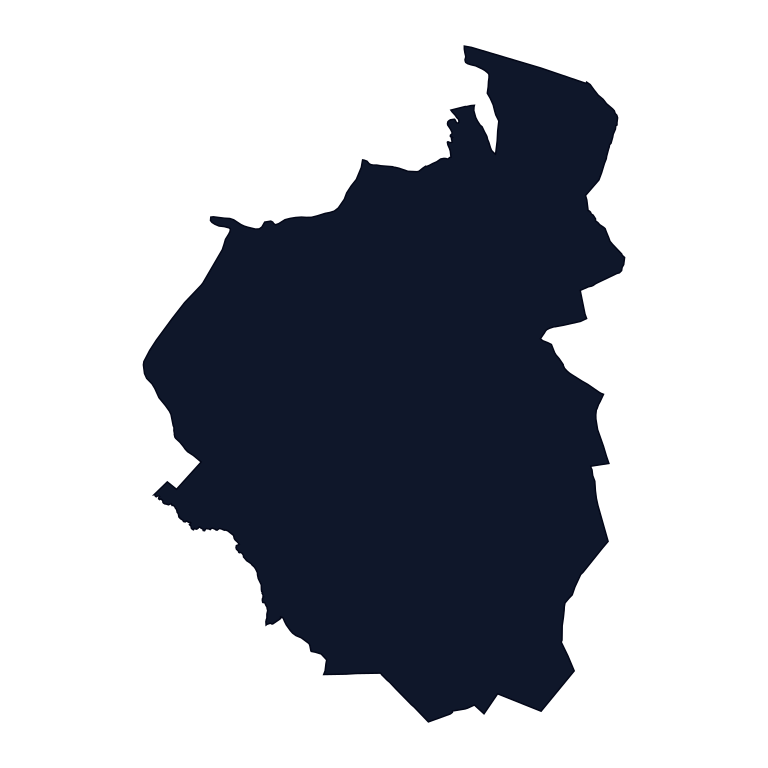 Camar, Salaj, Romania
{"feature_id": "2599482B75066150434534", "entity_name": "Camar", "entity_type": "district", "adm_level": 2, "iso_a3": "ROU", "parent_name": "Romania", "parent_adm1": "Salaj", "projection": "natural_earth1", "projection_center": [22.617, 47.305], "detail": "fine", "context": "isolated", "style": "filled", "palette": "ink", "viewbox_px": 768, "rotation_deg": 0, "n_neighbors": 0, "source": "geoboundaries", "source_scale": "gbopen_adm2", "svg_char_len": 6091}
<svg xmlns="http://www.w3.org/2000/svg" viewBox="0 0 768 768"><path d="M541.1,711.2L574.2,670.9L567.9,655.9L561.2,642.1L562.0,640.2L562.2,625.8L563.4,617.3L564.1,610.5L564.3,606.8L564.9,603.3L565.3,602.6L568.9,598.3L572.2,594.9L574.9,587.0L580.7,574.5L583.0,572.3L602.5,548.0L608.1,541.4L597.9,505.4L596.4,498.5L595.4,490.7L594.8,481.2L592.7,475.6L592.0,469.8L590.9,467.4L590.7,466.2L608.9,463.4L606.4,456.1L603.5,446.4L597.6,429.6L595.9,419.1L595.8,414.9L596.3,410.0L597.0,408.7L598.5,404.5L600.1,401.6L603.5,394.3L600.9,393.3L598.9,392.1L587.6,384.3L582.1,381.2L571.8,374.7L569.4,373.1L567.0,371.0L564.5,368.3L563.1,365.1L563.2,364.6L559.1,358.6L556.0,355.0L554.6,352.7L551.4,344.5L547.8,342.7L542.7,340.7L540.4,338.7L544.4,332.9L545.5,331.0L546.7,329.7L549.4,328.3L553.9,326.8L554.9,326.8L563.6,325.2L580.5,321.4L586.6,318.5L585.0,314.1L580.2,290.4L588.4,286.8L591.6,286.1L593.2,285.4L595.6,283.7L598.2,282.4L616.8,273.5L619.4,272.8L621.6,270.6L622.1,267.4L623.7,264.6L624.6,257.5L622.2,255.3L621.7,254.0L612.5,244.3L610.0,241.3L608.7,237.7L606.2,231.6L605.1,228.6L603.6,227.3L599.7,224.7L597.9,222.6L595.5,220.8L595.5,218.8L593.1,215.1L592.0,214.5L591.0,213.6L590.6,212.3L589.5,211.1L588.1,210.5L586.8,199.9L585.5,195.5L598.9,180.0L601.6,172.8L604.4,163.5L606.3,158.7L606.6,156.4L608.5,149.2L609.2,147.1L609.6,144.7L611.0,143.3L612.7,137.2L613.2,134.3L615.4,129.2L615.8,125.7L617.0,125.0L617.0,122.5L617.6,117.8L616.8,115.2L615.2,113.5L614.3,110.8L612.6,108.9L606.5,103.7L603.1,99.3L598.2,95.2L593.8,89.6L590.2,84.6L586.6,82.1L586.0,83.4L540.8,68.0L471.5,47.4L464.3,46.1L464.3,49.1L464.9,52.8L465.7,56.1L465.7,57.2L465.0,59.7L465.2,61.0L465.7,62.4L467.7,63.7L471.2,64.8L475.6,65.8L482.2,68.9L484.9,70.5L487.6,72.7L488.6,73.8L489.0,74.7L489.0,77.8L488.5,81.4L488.2,86.8L487.3,93.2L490.3,98.4L493.2,104.9L494.7,111.0L495.8,114.9L498.6,120.5L498.8,121.2L497.7,131.0L497.2,140.8L495.6,154.1L495.4,154.3L492.2,151.2L491.4,150.1L490.4,147.6L488.8,142.3L487.6,139.5L487.0,136.8L486.4,135.4L484.5,131.9L482.1,126.8L480.1,125.1L477.4,120.9L475.7,117.5L473.8,110.6L474.0,106.8L474.4,105.3L470.9,105.6L466.5,106.6L465.3,106.5L450.9,110.1L452.1,111.8L455.4,115.4L456.7,117.5L458.6,119.4L459.0,121.4L458.6,122.8L458.1,123.1L457.2,123.0L456.1,122.0L455.0,119.7L454.4,119.2L450.4,119.8L449.1,120.6L448.0,121.6L447.8,122.1L447.5,123.6L447.7,125.0L450.4,129.0L451.9,132.0L452.1,133.1L452.0,133.8L450.5,135.1L450.3,136.1L450.7,136.9L452.0,137.0L452.6,137.5L451.6,138.3L451.4,138.7L452.3,142.1L450.6,142.6L449.4,142.6L449.1,142.4L448.9,142.0L447.9,141.8L447.5,142.0L447.4,142.3L447.9,144.9L449.5,148.5L450.3,151.1L451.0,157.1L449.5,157.6L448.6,158.6L448.0,158.9L447.4,159.0L445.9,158.5L443.8,158.4L440.7,159.0L436.7,161.8L432.6,163.6L429.3,165.4L426.5,166.5L425.7,166.2L423.0,168.0L419.1,171.1L418.3,171.5L416.7,171.7L407.9,171.3L398.9,168.2L395.0,167.3L394.6,167.4L392.5,166.7L381.0,165.8L376.9,165.1L373.3,165.1L370.8,164.6L369.1,163.7L367.0,161.2L364.0,160.1L362.6,159.9L361.3,167.5L356.3,179.5L351.3,185.8L346.7,192.9L344.3,199.3L338.3,208.0L334.3,211.1L329.8,212.5L325.1,213.4L317.5,215.8L311.6,217.3L306.6,217.4L301.4,217.1L295.7,217.5L290.1,218.4L285.0,219.7L278.8,223.6L275.4,224.8L273.6,223.5L272.7,222.1L270.8,221.1L264.7,222.1L261.9,227.0L259.3,228.9L255.5,229.1L247.7,227.2L244.2,226.1L241.0,224.6L233.7,219.8L229.8,218.5L224.4,218.2L213.4,216.8L210.8,217.1L210.5,220.5L212.0,222.4L214.8,224.2L219.0,226.0L224.3,226.6L229.2,227.9L230.3,228.8L230.1,231.3L228.8,234.0L225.5,239.3L224.1,244.2L222.3,249.7L202.9,283.0L201.1,285.3L184.7,302.5L172.4,318.3L156.3,340.2L149.7,350.4L143.9,361.5L143.4,364.9L144.5,373.5L146.7,378.4L152.0,383.8L154.8,388.4L159.0,397.7L165.4,405.5L169.4,411.1L171.0,414.4L173.2,425.6L174.0,427.5L173.9,430.7L174.4,433.4L174.3,434.4L174.9,437.1L175.7,438.3L179.9,442.2L183.4,446.5L185.2,449.1L187.6,451.7L193.3,455.4L201.2,462.0L176.5,489.3L167.3,481.9L154.1,494.7L154.8,494.6L155.3,496.1L156.2,496.8L157.7,495.9L158.8,495.9L159.2,496.2L159.6,496.5L158.7,497.9L158.6,498.8L159.7,499.6L160.8,498.9L161.2,499.2L162.8,500.7L162.9,502.2L163.5,503.1L165.1,504.0L166.0,504.0L168.5,504.8L171.1,503.6L172.1,505.5L173.1,505.3L174.0,505.9L175.0,507.1L175.4,508.1L176.4,509.3L176.8,510.4L177.2,512.4L177.9,513.1L178.4,514.2L178.9,517.0L180.5,518.7L182.8,520.1L183.2,521.0L183.7,521.6L185.3,521.9L186.5,521.0L188.8,522.4L190.5,522.4L190.8,522.9L190.6,523.5L189.4,524.4L189.5,524.7L191.0,526.1L191.3,528.1L191.7,528.7L193.1,529.7L193.5,529.8L194.2,528.5L194.4,528.4L196.0,529.1L196.8,529.1L198.0,528.3L199.0,527.2L199.6,526.9L200.7,527.9L202.9,529.1L203.2,530.5L204.2,530.7L204.6,530.7L205.5,529.1L206.3,528.6L209.2,529.0L210.2,529.6L210.5,529.4L211.0,528.7L211.8,528.2L212.7,528.2L215.5,529.4L216.0,530.0L217.2,530.1L219.1,528.5L219.8,528.6L221.2,528.8L223.6,529.9L224.4,530.2L225.8,530.1L227.7,530.8L233.2,535.1L233.6,535.6L234.3,538.6L235.3,540.1L237.4,542.0L239.3,544.2L238.7,544.7L236.4,545.6L236.0,547.6L236.5,549.3L238.3,550.9L238.7,552.2L239.3,552.7L240.7,552.5L241.5,552.8L242.2,553.5L242.9,554.4L243.5,555.7L243.5,556.9L246.7,560.7L251.1,563.6L251.8,564.7L254.3,567.0L255.6,568.9L257.3,572.4L257.5,573.6L257.5,574.8L258.3,578.6L261.3,584.8L261.4,589.6L261.7,591.6L262.4,591.9L262.6,592.5L262.1,593.2L263.1,595.1L263.0,596.4L263.6,596.7L263.5,597.1L262.8,597.8L262.5,598.5L262.3,600.1L262.7,602.3L263.1,602.6L264.7,602.5L265.9,605.3L267.2,607.6L267.1,608.3L267.7,610.6L266.9,614.0L266.9,618.2L266.3,619.6L265.9,621.7L266.1,625.0L267.0,624.3L269.5,623.5L270.1,623.1L271.9,624.0L272.8,623.9L280.0,619.0L280.9,618.0L280.5,617.0L280.8,616.7L282.7,617.7L283.4,618.6L284.4,621.1L286.3,624.9L290.3,630.5L292.6,633.1L296.0,635.6L301.3,637.8L308.8,643.4L309.3,644.1L309.9,645.7L310.9,650.8L311.3,651.4L315.4,652.2L321.2,654.0L326.7,659.9L326.0,663.5L325.1,670.9L323.7,674.5L346.3,674.1L356.1,673.5L380.6,673.1L381.8,674.8L387.3,680.3L389.6,682.2L396.1,689.1L411.3,704.6L414.2,707.1L428.4,721.9L450.4,713.9L452.3,712.4L452.1,712.1L452.3,711.4L453.2,710.9L465.1,708.9L467.6,708.1L474.4,705.0L484.0,713.8L497.6,693.8L541.1,711.2Z" fill="#0f172a" stroke="#020617" stroke-width="1.5"/></svg>